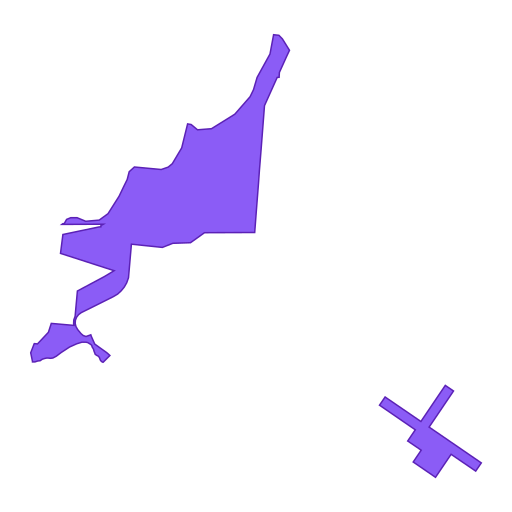 outline of Weipa, Queensland, Australia
{"feature_id": "25037944B24701814738895", "entity_name": "Weipa", "entity_type": "district", "adm_level": 2, "iso_a3": "AUS", "parent_name": "Australia", "parent_adm1": "Queensland", "projection": "orthographic", "projection_center": [141.869, -12.645], "detail": "fine", "context": "isolated", "style": "filled", "palette": "violet", "viewbox_px": 512, "rotation_deg": 0, "n_neighbors": 0, "source": "geoboundaries", "source_scale": "gbopen_adm2", "svg_char_len": 1893}
<svg xmlns="http://www.w3.org/2000/svg" viewBox="0 0 512 512"><path d="M273.6,34.7L270.0,54.0L257.1,77.4L253.5,89.7L250.1,96.7L234.8,114.2L211.5,128.7L197.5,129.8L192.6,125.7L191.1,124.5L187.6,123.9L181.7,147.9L172.3,163.7L168.2,167.1L162.7,169.0L161.2,169.5L134.4,167.0L129.2,171.7L127.2,179.5L123.9,186.2L119.1,196.2L108.0,213.7L99.2,220.1L86.5,221.2L85.8,221.3L77.1,217.7L72.7,217.7L70.7,217.7L66.6,219.4L64.3,223.5L62.8,223.7L61.9,224.4L63.8,224.4L103.4,224.2L102.4,224.8L101.0,224.9L100.9,226.8L98.7,227.0L80.5,230.8L62.9,234.5L60.5,253.4L96.8,265.1L114.1,270.7L104.5,276.5L77.4,291.0L75.1,316.3L73.8,319.9L73.6,323.6L74.0,325.4L51.3,323.4L48.4,332.3L37.5,343.9L34.3,343.6L34.2,343.7L30.7,352.8L32.5,361.5L32.5,361.9L32.9,361.9L35.0,361.9L37.7,361.0L40.2,360.7L42.3,359.2L44.0,358.7L44.6,358.5L46.9,358.0L48.7,358.1L49.4,358.2L50.6,358.3L52.9,358.0L56.3,356.2L61.2,352.5L69.6,347.0L76.7,343.8L81.9,342.2L86.0,342.2L87.8,342.6L90.5,344.3L91.7,345.3L92.1,346.9L92.8,348.0L93.5,349.2L94.1,351.4L94.7,352.8L95.2,354.3L95.6,354.6L96.8,355.4L98.2,356.1L99.4,357.5L99.9,359.0L100.5,360.4L101.6,361.6L103.0,362.3L103.2,362.2L103.5,361.9L109.9,355.5L108.4,354.1L106.8,352.7L99.1,347.2L94.7,344.0L91.3,336.3L90.8,334.8L86.0,336.5L83.2,335.5L81.0,333.6L77.7,329.6L76.0,326.7L75.2,323.5L75.4,320.2L76.6,317.2L78.6,314.6L81.3,312.6L113.4,296.6L117.6,294.1L121.2,290.8L124.3,287.0L126.7,282.8L128.5,277.7L129.8,262.7L131.0,249.0L131.4,244.2L162.4,247.4L172.8,243.3L190.5,242.7L204.5,232.7L254.7,232.5L256.5,208.9L258.5,183.3L259.4,170.6L260.1,162.0L261.2,148.3L264.5,105.6L277.2,77.4L279.1,77.3L279.4,72.4L286.5,56.7L289.5,50.3L282.4,38.9L278.9,35.3L273.6,34.7ZM435.5,477.3L451.1,454.3L475.7,471.1L481.3,462.9L429.1,427.1L453.5,391.0L445.3,385.4L420.9,421.5L385.1,397.0L379.5,405.2L415.3,429.8L407.7,441.0L421.2,450.2L413.2,462.0L435.5,477.3Z" fill="#8b5cf6" stroke="#5b21b6" stroke-width="1.5"/></svg>